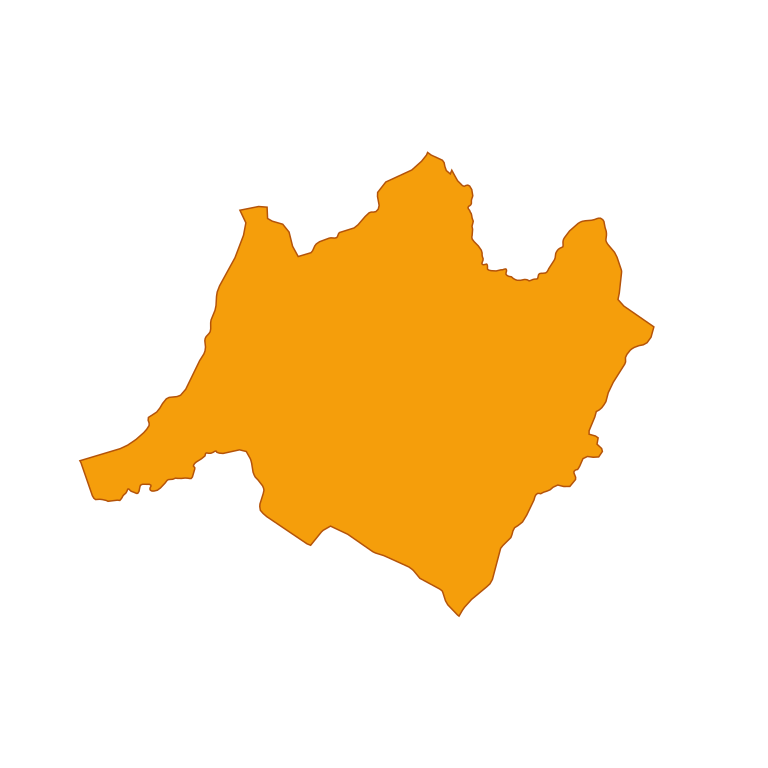 outline of Dix-Huit Montagnes, rotated 35°
{"feature_id": "CIV-3441", "entity_name": "Dix-Huit Montagnes", "entity_type": "Department", "adm_level": 1, "iso_a3": "CIV", "parent_name": "Ivory Coast", "parent_adm1": "", "projection": "robinson", "projection_center": [-7.745, 7.377], "detail": "fine", "context": "isolated", "style": "filled", "palette": "amber", "viewbox_px": 768, "rotation_deg": 35, "n_neighbors": 0, "source": "natural_earth", "source_scale": "10m", "svg_char_len": 4874}
<svg xmlns="http://www.w3.org/2000/svg" viewBox="0 0 768 768"><g transform="rotate(35 384 384)"><path d="M317.8,173.9L316.9,170.0L322.3,172.7L327.7,175.3L334.4,176.5L336.3,176.1L337.3,174.3L338.6,173.0L340.6,172.7L344.4,174.4L348.6,178.7L348.7,178.8L348.8,179.0L349.3,180.4L349.7,182.0L350.3,183.5L352.0,185.9L352.3,187.3L352.0,188.7L351.4,190.0L351.6,191.3L352.6,192.1L354.6,192.7L356.1,193.7L357.6,194.3L358.8,195.3L360.9,197.4L362.2,198.4L363.7,199.4L364.4,201.0L365.0,202.7L365.6,204.3L367.8,206.4L368.6,207.7L371.0,211.8L371.6,213.2L373.1,214.7L376.1,215.7L382.1,216.8L387.0,218.6L389.2,220.4L390.4,222.1L391.6,223.3L393.2,224.4L394.1,225.8L394.9,229.0L396.0,229.6L397.1,229.3L399.3,226.9L400.4,227.3L401.3,228.3L402.2,229.6L403.0,230.6L404.5,230.6L406.6,229.8L411.0,227.1L414.2,223.5L415.7,222.3L416.6,221.0L417.6,220.0L418.4,219.9L419.5,221.0L420.1,222.7L420.9,224.1L422.2,224.5L424.3,224.3L426.9,223.1L429.4,223.4L431.5,223.2L433.5,222.7L436.3,220.8L439.1,217.8L440.4,217.0L441.9,216.4L443.7,216.3L444.9,214.8L445.8,213.3L446.8,212.1L447.7,211.3L448.7,210.6L449.3,209.6L449.0,208.4L448.4,207.1L447.9,205.7L448.1,204.4L449.1,203.3L450.6,202.2L452.7,200.3L453.2,198.6L453.1,196.8L452.8,195.1L452.4,184.8L452.1,183.4L451.8,182.4L449.9,178.8L449.7,178.2L449.5,177.0L449.4,175.2L449.6,173.5L450.2,171.9L451.5,169.7L451.8,169.1L451.6,168.5L451.2,167.7L449.5,165.5L448.7,164.2L448.1,162.5L447.9,160.5L448.2,152.2L450.9,141.1L451.9,138.9L452.5,137.9L453.3,136.8L455.4,134.7L460.0,130.9L462.0,128.7L463.7,126.2L464.8,125.0L466.3,124.0L468.9,123.9L470.9,124.7L475.3,129.0L478.4,131.4L479.9,133.1L481.0,134.7L482.5,137.6L483.3,139.0L484.9,140.2L487.2,141.2L497.3,143.9L502.2,146.5L512.8,154.3L513.9,155.3L514.8,156.7L524.6,174.6L527.2,180.6L535.8,182.6L572.3,182.4L575.9,192.5L575.8,199.3L573.9,203.2L570.9,206.3L568.0,210.5L566.9,213.0L566.3,215.1L566.0,220.4L566.6,223.8L569.2,227.3L569.8,229.6L570.8,251.1L572.7,262.5L575.9,271.2L576.1,274.9L576.0,278.5L575.2,281.8L573.7,284.8L575.6,290.1L578.8,304.6L580.8,307.5L587.1,305.3L590.3,305.3L593.0,311.1L599.3,312.0L601.6,314.0L601.7,320.6L597.4,324.0L592.2,326.7L589.8,331.0L591.4,338.9L591.7,342.2L591.4,343.3L590.7,343.9L590.1,344.8L589.8,346.7L590.6,347.9L594.5,350.5L595.7,352.4L595.0,361.3L590.0,364.9L584.3,367.1L581.7,371.6L580.8,375.3L578.8,378.5L576.8,381.1L575.3,384.0L573.9,384.6L572.6,385.5L572.0,387.5L572.2,389.6L573.4,393.1L576.1,409.5L576.6,417.6L574.9,423.3L573.4,426.8L573.9,430.4L575.2,433.9L576.0,437.0L574.0,448.2L573.8,451.7L584.9,481.9L585.4,486.9L584.4,491.5L579.3,510.2L578.0,520.6L578.0,524.3L578.6,531.1L576.6,531.0L562.9,528.3L558.7,526.3L551.6,520.9L550.2,520.1L547.2,520.0L524.9,522.6L515.1,519.9L513.4,519.7L509.4,519.6L482.2,524.7L474.0,527.3L471.0,527.8L440.4,527.9L421.7,531.1L418.1,538.7L417.6,541.0L416.4,558.2L412.5,559.1L364.1,559.9L359.3,559.4L355.2,558.4L352.5,555.6L351.2,553.4L347.9,543.0L346.6,539.9L345.2,538.5L343.0,537.1L336.0,534.9L331.9,534.1L329.8,533.0L327.3,531.3L321.1,524.9L318.8,522.9L317.4,521.9L309.9,518.3L303.4,520.8L292.0,533.2L288.7,535.1L286.3,535.8L284.8,535.3L283.9,536.3L283.2,538.0L281.9,540.0L280.3,541.2L278.1,542.3L277.7,543.3L278.6,545.6L277.4,549.9L275.0,555.5L274.5,557.6L274.5,559.2L274.9,560.5L275.9,560.8L276.9,561.0L277.7,562.1L280.4,570.1L280.2,572.1L279.0,572.9L277.3,573.7L275.0,575.1L272.3,577.5L268.9,579.8L267.2,580.7L265.6,583.2L262.2,586.0L261.6,587.4L261.5,590.7L260.5,597.4L259.3,601.0L257.0,603.6L255.3,604.8L253.6,605.0L252.5,604.3L251.9,603.0L251.8,601.6L251.1,600.6L249.4,600.7L243.6,604.7L242.6,606.6L242.9,607.9L244.9,612.5L245.0,614.8L244.0,615.6L241.0,616.2L239.6,616.6L238.1,616.9L235.1,616.4L234.4,617.1L235.0,619.8L235.1,621.6L234.5,623.8L234.3,625.6L234.6,627.3L234.6,628.9L234.4,630.9L232.2,632.1L225.2,638.4L223.3,638.7L219.6,640.2L217.2,641.5L214.0,644.1L211.9,644.0L209.2,642.8L180.8,622.2L178.9,621.3L204.9,588.4L209.1,581.1L212.7,571.6L215.1,561.7L215.6,557.1L215.4,552.7L214.0,550.7L211.6,549.0L210.2,546.5L213.9,537.4L214.2,532.3L213.8,526.9L214.2,521.0L215.7,518.2L221.7,513.0L223.8,509.9L224.6,502.0L219.6,470.6L219.2,462.6L218.4,459.5L216.6,456.1L212.4,451.3L211.4,449.2L211.1,447.1L211.7,442.9L211.6,440.8L210.4,438.2L206.9,433.3L205.6,430.7L203.3,420.5L201.4,416.1L196.5,408.2L194.6,404.3L193.0,397.9L189.5,366.0L183.6,342.7L178.4,331.2L166.3,324.3L179.5,310.5L186.8,306.2L193.7,315.2L199.1,314.7L209.4,311.2L219.1,314.0L230.1,323.6L240.6,328.8L248.9,318.3L249.1,315.9L248.1,310.6L248.2,308.1L249.6,304.4L255.4,296.0L256.7,294.7L260.0,292.7L261.2,291.3L261.3,290.0L260.5,286.7L260.7,285.4L270.0,273.3L271.4,268.5L272.5,257.6L273.6,252.3L274.9,250.5L276.8,249.2L278.5,247.4L279.0,244.1L277.6,240.5L271.1,234.1L268.9,230.7L269.6,217.5L284.0,192.8L287.0,180.0L287.5,172.1L286.9,169.3L291.4,169.4L303.5,167.2L306.3,168.2L309.1,170.9L312.6,173.4L317.8,173.9Z" fill="#f59e0b" stroke="#b45309" stroke-width="1.5"/></g></svg>